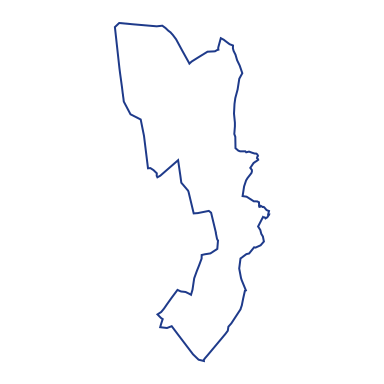 the district of Udi, Enugu, Nigeria
{"feature_id": "59680162B18977545928744", "entity_name": "Udi", "entity_type": "district", "adm_level": 2, "iso_a3": "NGA", "parent_name": "Nigeria", "parent_adm1": "Enugu", "projection": "natural_earth1", "projection_center": [7.382, 6.448], "detail": "fine", "context": "isolated", "style": "outline", "palette": "blue", "viewbox_px": 384, "rotation_deg": 0, "n_neighbors": 0, "source": "geoboundaries", "source_scale": "gbopen_adm2", "svg_char_len": 2549}
<svg xmlns="http://www.w3.org/2000/svg" viewBox="0 0 384 384"><path d="M269.1,214.5L268.7,214.5L268.4,214.3L268.2,214.3L269.0,211.0L267.3,210.4L266.3,209.8L265.7,209.0L264.1,207.2L263.4,206.9L263.0,207.0L262.5,207.0L262.1,206.6L261.5,206.3L260.9,205.9L260.2,205.7L259.9,206.3L259.9,206.8L259.4,206.9L259.0,205.9L259.1,204.5L259.0,203.4L259.0,202.3L257.2,201.4L253.8,201.3L246.6,196.7L242.6,196.1L244.1,186.4L246.1,180.4L247.5,178.1L251.4,173.1L251.9,171.6L251.9,170.0L250.3,167.9L253.7,162.8L254.5,162.5L255.3,161.7L256.2,161.3L258.2,159.8L257.9,159.0L257.0,158.1L257.2,157.1L258.0,155.8L257.3,154.4L256.3,153.6L254.5,153.5L252.0,152.7L249.0,151.6L246.2,152.3L245.3,151.3L240.1,151.3L238.4,150.7L235.5,148.2L235.3,136.8L234.3,134.0L234.9,126.4L234.9,122.7L234.0,113.6L234.5,103.9L235.3,98.1L237.6,89.5L239.3,78.7L242.3,73.2L239.7,65.6L237.1,60.2L235.5,54.7L233.6,50.9L232.9,48.3L233.0,45.5L229.6,44.2L225.6,41.2L223.7,39.7L220.8,38.2L218.5,46.6L218.3,47.3L218.2,48.7L218.4,49.7L217.2,50.0L215.0,51.3L213.4,51.4L207.5,51.7L198.4,57.3L191.7,61.5L189.4,63.6L189.0,62.8L182.1,50.4L180.1,46.7L176.1,39.3L172.8,34.9L170.9,32.8L170.7,32.5L168.2,30.6L165.5,28.0L162.3,25.7L156.9,26.3L156.5,26.3L133.1,24.3L119.2,23.0L114.9,27.1L117.7,52.5L119.4,68.0L120.1,73.5L122.0,87.3L122.7,93.1L122.7,93.3L122.9,94.2L123.0,95.5L123.4,98.2L123.5,99.1L123.8,101.6L130.5,114.3L140.7,119.5L144.0,135.9L148.0,168.3L150.4,168.1L153.5,170.1L156.8,173.3L156.7,175.8L157.4,177.3L160.3,175.7L178.1,160.2L180.4,176.0L181.3,182.7L188.1,190.7L188.6,192.1L193.7,213.4L197.8,213.1L208.8,210.9L211.1,212.7L215.9,232.7L215.8,232.9L217.0,238.8L217.5,239.9L218.0,240.5L217.5,246.4L217.3,248.9L210.4,253.4L204.7,254.3L201.7,255.0L201.6,258.6L199.0,265.6L196.8,271.1L194.2,278.3L192.5,289.7L191.0,294.8L189.1,293.7L185.6,292.0L183.2,291.7L181.1,291.5L179.6,290.9L177.5,289.9L171.6,297.8L166.9,304.4L164.0,308.6L161.2,312.0L157.5,314.4L160.7,317.7L161.6,318.4L162.7,319.1L161.4,323.0L160.8,325.0L160.2,327.2L167.0,328.0L171.7,326.2L177.8,334.3L193.0,354.3L198.6,359.7L203.9,361.0L203.8,359.8L205.5,357.6L205.8,357.3L207.7,355.1L225.5,333.8L227.8,330.7L228.4,326.7L231.3,323.4L240.6,309.2L240.6,308.9L241.8,305.4L243.2,298.4L244.9,290.8L245.9,290.4L241.7,280.2L241.0,278.0L239.2,268.5L240.5,258.5L246.4,254.1L249.1,253.5L254.1,247.3L255.5,247.6L260.6,245.3L263.9,241.5L262.9,236.5L261.3,233.9L260.3,230.0L258.1,226.5L263.0,217.0L263.5,217.4L264.3,217.3L264.9,217.5L265.5,218.4L267.3,217.3L267.7,216.7L268.2,215.9L268.9,215.0L269.1,214.5Z" fill="none" stroke="#1e3a8a" stroke-width="2"/></svg>